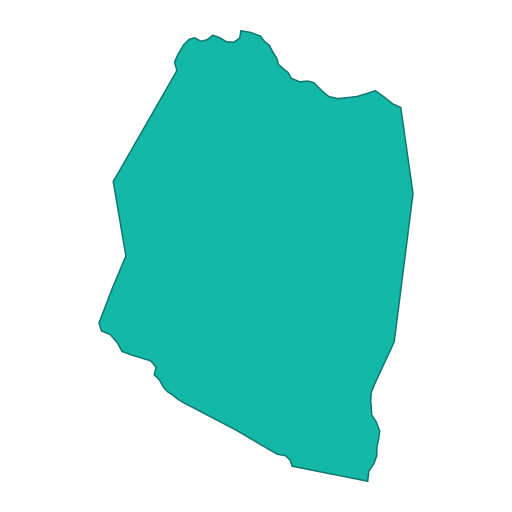 Cardeal da Silva, Bahia, Brazil (orthographic projection)
{"feature_id": "56859067B32277633008577", "entity_name": "Cardeal da Silva", "entity_type": "district", "adm_level": 2, "iso_a3": "BRA", "parent_name": "Brazil", "parent_adm1": "Bahia", "projection": "orthographic", "projection_center": [-37.94, -12.045], "detail": "fine", "context": "isolated", "style": "filled", "palette": "teal", "viewbox_px": 512, "rotation_deg": 0, "n_neighbors": 0, "source": "geoboundaries", "source_scale": "gbopen_adm2", "svg_char_len": 1055}
<svg xmlns="http://www.w3.org/2000/svg" viewBox="0 0 512 512"><path d="M272.1,451.3L277.4,454.2L285.5,455.7L290.3,460.3L292.1,466.2L367.7,481.3L368.8,471.3L373.9,463.6L376.7,456.0L377.0,446.5L378.5,439.8L379.7,431.2L376.3,422.0L371.7,414.9L371.3,408.4L370.7,401.1L371.3,392.5L374.1,385.2L394.2,341.9L408.6,228.5L413.0,193.7L400.8,107.6L392.6,103.8L384.3,97.1L375.2,90.7L366.7,93.6L357.0,96.5L346.8,97.7L337.7,98.6L328.7,96.5L322.8,91.6L318.0,86.9L314.0,82.7L307.7,81.1L299.6,81.8L291.3,78.3L288.1,72.5L283.1,68.6L278.4,64.3L276.9,58.4L272.8,52.1L269.4,45.4L264.0,40.9L260.6,36.2L251.2,32.6L240.9,30.7L239.7,38.1L233.8,42.2L226.3,41.7L220.0,37.8L212.9,35.2L207.2,39.7L201.0,41.3L194.7,37.8L189.1,39.3L183.7,44.8L178.1,54.1L174.5,62.1L176.9,70.6L118.0,173.3L113.2,181.3L125.9,256.0L112.2,288.6L99.0,323.0L101.5,331.0L110.2,334.5L117.8,343.4L122.0,351.5L133.1,355.5L150.8,360.9L156.1,367.3L154.2,374.7L159.5,380.1L163.2,386.8L167.4,391.6L172.4,394.9L177.6,399.0L182.6,402.2L235.7,429.9L272.1,451.3Z" fill="#14b8a6" stroke="#0f766e" stroke-width="1.5"/></svg>